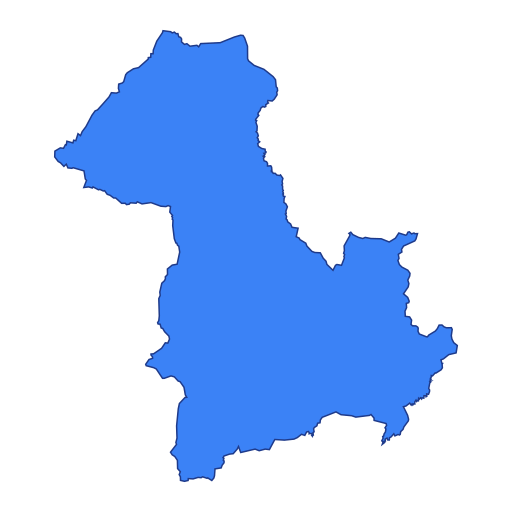 outline of Tak Fa, Nakhon Sawan, Thailand
{"feature_id": "78962969B50011174142217", "entity_name": "Tak Fa", "entity_type": "district", "adm_level": 2, "iso_a3": "THA", "parent_name": "Thailand", "parent_adm1": "Nakhon Sawan", "projection": "robinson", "projection_center": [100.501, 15.388], "detail": "fine", "context": "isolated", "style": "filled", "palette": "blue", "viewbox_px": 512, "rotation_deg": 0, "n_neighbors": 0, "source": "geoboundaries", "source_scale": "gbopen_adm2", "svg_char_len": 6045}
<svg xmlns="http://www.w3.org/2000/svg" viewBox="0 0 512 512"><path d="M451.4,327.7L446.5,327.8L444.1,326.9L442.0,325.0L439.1,325.1L437.3,328.7L435.3,331.1L428.7,335.1L427.5,336.8L426.5,336.8L419.3,334.0L418.0,331.3L418.2,328.1L417.6,327.0L415.9,325.9L412.5,325.8L411.0,324.4L411.6,320.1L409.6,316.9L405.3,316.3L405.0,311.2L406.6,307.6L406.3,303.4L408.7,302.7L409.2,301.2L407.7,297.4L403.5,293.8L408.2,286.9L408.9,283.6L407.8,280.1L409.7,276.0L410.0,273.3L407.8,270.2L401.9,267.1L399.4,264.6L397.9,260.5L399.0,258.4L398.3,254.3L401.9,252.0L401.5,249.3L403.6,246.0L414.8,240.9L416.0,239.0L417.5,233.6L414.8,233.7L414.0,233.0L411.5,233.9L409.3,231.8L407.9,232.2L406.7,234.7L405.7,235.2L398.8,233.0L395.4,238.2L389.2,242.0L381.3,238.8L370.8,238.5L365.2,237.4L362.8,238.5L358.5,237.4L352.8,234.6L350.8,232.2L348.9,233.4L349.9,234.4L349.8,235.6L344.1,245.9L344.4,250.8L343.6,253.3L344.6,254.5L343.9,256.7L344.4,257.8L341.5,265.3L336.9,264.5L335.5,265.3L333.0,270.3L326.9,264.4L326.0,261.2L323.2,258.2L320.3,252.8L314.8,252.5L311.9,251.4L306.9,246.1L305.8,243.2L299.9,239.6L299.2,238.1L296.2,236.7L298.1,228.2L292.0,227.3L290.6,224.0L287.7,221.8L287.1,219.8L286.1,219.0L286.6,216.4L285.4,214.0L286.2,213.6L285.9,211.1L287.4,206.8L285.9,203.9L283.9,202.4L284.1,198.5L284.9,196.5L283.4,196.2L283.1,195.3L283.4,194.2L282.8,193.9L283.4,193.0L282.7,191.5L283.3,190.4L282.6,189.4L282.6,186.1L281.8,184.9L282.6,183.9L282.1,181.5L282.9,178.4L280.5,174.9L279.6,175.5L277.0,175.1L275.1,173.3L273.2,173.4L272.5,172.0L271.4,171.7L271.4,170.5L271.9,170.4L271.6,167.2L270.8,165.8L267.5,166.0L267.5,163.3L266.5,161.7L264.1,160.8L263.8,159.9L263.5,158.2L264.2,157.2L263.4,156.4L264.6,156.4L264.0,155.4L264.9,154.6L263.9,153.3L265.6,153.0L266.1,152.0L265.2,151.1L265.1,149.2L261.8,148.5L258.4,146.4L257.7,143.6L259.7,141.8L258.1,140.6L258.3,139.1L257.2,137.8L258.3,135.8L257.5,133.1L256.1,131.8L257.0,130.8L257.2,126.2L255.9,122.4L256.7,120.6L255.6,120.2L255.7,119.3L258.8,115.3L258.0,114.5L258.1,113.0L260.2,110.3L260.8,108.1L262.8,106.5L264.5,107.1L265.8,106.5L265.8,104.6L268.4,103.0L267.6,102.2L267.9,100.5L272.2,101.0L274.3,99.1L277.1,94.8L276.7,92.2L277.6,90.7L277.3,88.0L276.2,86.8L275.5,79.7L273.1,76.6L263.9,69.3L254.1,65.4L248.6,60.9L247.6,58.8L247.5,46.2L244.7,38.1L243.1,35.5L240.6,35.2L234.4,37.0L220.2,42.7L200.7,43.6L198.7,46.8L196.9,45.3L190.0,46.2L186.9,43.7L184.5,44.4L181.5,41.9L181.6,39.0L180.6,37.4L178.7,36.7L177.9,33.6L176.1,33.7L174.4,32.1L172.2,32.9L170.7,31.7L163.0,30.7L162.5,32.6L156.8,41.1L153.3,50.1L153.1,53.7L150.9,53.7L150.7,57.3L148.3,57.6L148.2,59.1L138.6,67.6L133.4,68.8L127.3,72.7L125.7,74.7L123.7,81.7L122.3,83.0L118.7,84.1L118.4,88.4L119.4,91.8L116.4,93.1L111.4,92.7L109.0,97.0L103.1,103.7L97.5,109.9L95.1,110.9L92.0,115.2L85.9,126.7L82.2,131.6L80.5,135.6L78.0,133.7L75.8,140.7L73.7,140.2L72.9,142.9L66.9,141.2L66.3,144.9L65.4,144.7L63.5,148.3L60.3,147.9L54.9,151.1L54.7,156.9L58.2,161.5L60.5,162.8L63.9,166.4L66.3,164.2L67.9,167.9L71.9,168.3L73.1,167.7L84.0,170.9L85.3,179.0L86.5,180.4L83.8,187.5L88.6,186.9L92.3,188.0L93.0,186.9L98.5,189.8L99.9,189.4L103.3,191.0L104.6,190.7L107.2,194.3L110.1,195.3L113.7,198.0L115.7,198.0L121.6,203.3L125.3,203.3L126.5,204.6L129.2,204.2L130.4,202.8L136.2,203.2L137.3,201.8L142.0,203.9L151.0,202.6L160.8,206.2L165.9,206.6L168.1,205.6L170.5,206.5L169.8,212.1L172.5,215.5L171.8,216.5L172.6,217.7L172.2,219.2L173.0,220.1L172.7,225.5L174.3,238.7L175.9,243.0L176.8,243.2L177.5,245.2L178.8,246.2L179.7,252.1L177.1,264.2L172.2,265.1L167.4,269.0L167.5,274.5L165.3,276.8L165.4,278.8L164.5,280.7L161.8,283.2L159.8,292.1L160.2,295.4L158.8,298.6L159.3,315.9L158.8,320.6L157.6,322.7L158.1,324.0L160.1,324.2L161.2,328.0L162.7,328.4L164.6,331.7L168.9,336.1L169.5,339.1L167.8,343.1L165.3,342.8L161.6,348.3L153.6,353.8L151.0,354.0L151.0,355.0L152.5,356.8L152.6,358.3L149.0,359.5L145.7,364.3L146.2,365.7L153.8,367.7L156.3,369.0L162.5,378.3L164.3,378.3L171.0,375.9L174.4,376.9L178.1,381.0L180.1,381.7L184.0,387.3L185.3,394.8L186.7,397.3L185.0,397.5L179.4,403.5L178.3,408.6L176.6,425.9L177.0,438.1L175.9,442.5L176.5,444.4L170.5,452.2L172.2,454.8L174.8,456.5L177.4,460.3L177.6,468.6L180.3,471.7L179.2,474.6L180.4,476.8L180.5,480.4L184.5,481.3L188.1,480.5L188.3,478.6L193.1,478.9L198.1,477.4L201.1,477.7L202.6,476.8L207.1,478.3L207.7,477.9L211.8,480.5L213.8,478.1L214.5,475.8L215.0,468.9L221.2,467.9L222.1,465.3L224.0,462.8L224.1,461.0L223.3,460.3L223.9,458.3L223.0,457.7L224.0,456.0L229.5,454.1L233.2,453.7L237.2,449.1L238.5,446.5L240.7,452.5L255.1,449.1L259.2,450.7L265.2,449.1L269.4,449.6L274.8,439.5L284.4,440.1L294.0,439.1L297.3,437.6L301.5,434.3L304.8,435.4L306.6,432.0L308.4,431.5L309.4,433.0L309.1,433.7L311.3,433.5L312.3,434.3L311.6,435.3L312.4,436.2L312.5,435.2L313.3,435.1L313.0,432.6L314.1,431.8L313.6,428.8L314.3,427.5L316.9,425.8L317.6,423.2L320.0,422.8L320.4,419.9L322.2,417.3L336.0,411.9L341.0,414.7L351.6,415.7L355.8,417.1L369.5,415.4L371.0,414.5L374.0,418.0L374.1,420.4L386.1,423.5L386.6,425.4L385.0,427.8L385.9,429.0L385.4,432.0L384.1,433.9L383.6,436.1L382.7,436.5L383.1,438.2L381.8,440.8L383.0,442.2L382.3,444.3L384.7,442.4L384.9,441.7L384.2,441.3L385.4,441.0L385.1,439.2L387.0,438.1L387.8,440.0L389.3,440.0L389.5,437.7L391.1,436.9L393.8,433.8L394.9,435.9L398.0,434.5L399.5,435.0L400.2,434.4L400.7,431.6L403.0,429.4L403.9,426.9L408.3,420.9L408.6,419.3L407.6,415.3L403.4,406.7L406.0,406.0L409.7,403.1L411.2,405.1L412.1,403.9L412.8,405.0L413.7,403.8L414.8,404.0L414.8,401.8L416.0,400.1L416.7,401.5L417.6,400.5L418.4,400.8L418.6,398.4L419.3,399.2L420.4,397.8L421.6,399.0L422.0,397.8L423.8,398.2L424.0,395.7L426.0,395.7L426.1,396.7L426.9,396.2L426.7,393.9L428.5,394.3L429.5,391.7L429.6,390.0L428.7,388.5L429.8,382.9L430.5,382.2L429.9,381.7L430.9,381.1L430.3,381.1L430.1,380.0L431.1,379.2L430.4,378.4L431.3,377.0L431.3,375.5L432.5,375.9L435.2,372.9L435.9,373.1L441.1,369.8L442.4,367.8L442.1,364.3L442.6,363.4L441.8,363.2L441.0,359.8L443.4,358.9L448.8,354.6L456.1,352.9L457.3,345.5L453.7,342.6L451.9,339.0L451.3,335.7L452.2,329.4L451.4,327.7Z" fill="#3b82f6" stroke="#1e3a8a" stroke-width="1.5"/></svg>